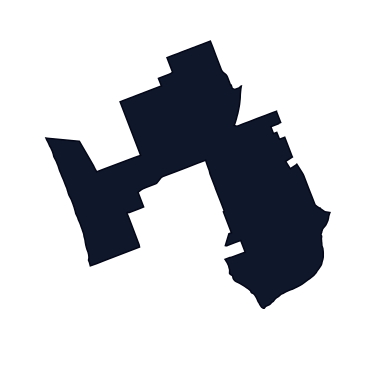 outline of Nedlands, Western Australia, Australia, rotated 339°
{"feature_id": "25037944B80247248268591", "entity_name": "Nedlands", "entity_type": "district", "adm_level": 2, "iso_a3": "AUS", "parent_name": "Australia", "parent_adm1": "Western Australia", "projection": "mercator", "projection_center": [115.79, -31.975], "detail": "fine", "context": "isolated", "style": "filled", "palette": "ink", "viewbox_px": 384, "rotation_deg": 339, "n_neighbors": 0, "source": "geoboundaries", "source_scale": "gbopen_adm2", "svg_char_len": 5818}
<svg xmlns="http://www.w3.org/2000/svg" viewBox="0 0 384 384"><g transform="rotate(339 192 192)"><path d="M75.0,89.3L75.1,91.8L75.3,92.8L75.5,94.8L75.6,96.9L75.6,98.0L75.8,99.0L76.0,100.0L76.1,102.2L76.2,103.4L76.2,104.5L76.1,106.5L76.0,107.5L75.8,108.6L75.7,109.6L75.8,110.7L76.2,113.9L76.3,115.0L76.3,117.2L76.4,119.5L76.3,120.5L76.2,122.7L76.1,123.7L76.1,124.8L76.1,125.9L76.2,127.0L76.2,128.2L76.2,130.3L76.3,132.3L76.4,134.5L76.4,135.6L76.4,136.6L76.4,138.9L76.4,140.0L76.4,141.1L76.5,143.2L76.5,144.2L76.3,145.3L76.3,146.4L76.2,147.5L76.1,148.5L76.0,150.7L76.1,151.7L76.2,152.8L76.4,153.8L76.4,154.3L76.5,154.9L76.6,155.9L76.6,158.1L76.6,159.2L76.6,160.5L76.5,162.6L76.5,163.6L76.3,165.9L76.2,166.9L76.2,167.4L76.0,168.9L75.8,170.1L75.8,171.2L75.9,172.2L76.0,173.3L76.1,174.4L76.1,175.6L76.0,176.7L76.0,177.8L76.1,178.8L76.2,181.0L76.2,183.1L76.1,184.1L76.1,185.1L76.1,187.4L76.0,188.5L75.9,191.6L75.8,192.7L75.3,194.8L75.2,195.8L75.0,197.9L74.8,198.9L74.3,201.0L74.1,202.2L73.9,203.1L73.6,205.5L73.5,206.6L73.4,207.7L73.4,208.8L73.4,209.9L73.4,211.0L73.1,213.2L72.6,215.3L72.3,216.2L71.9,217.1L71.3,217.9L70.9,218.9L71.0,220.0L71.0,221.1L70.6,224.5L77.3,224.7L86.6,224.6L92.1,224.6L96.3,224.6L122.6,224.6L123.3,224.6L123.7,222.3L123.8,200.3L123.8,191.6L123.8,191.3L123.7,191.1L123.7,190.4L123.7,188.0L123.8,187.9L124.0,187.8L124.3,187.8L124.8,188.0L125.0,188.1L125.2,188.4L125.3,188.5L125.5,188.6L126.0,188.7L136.7,188.7L141.5,188.6L141.5,182.4L141.5,176.0L141.5,172.9L144.3,172.1L145.6,171.7L147.6,171.4L150.7,171.3L153.7,171.3L161.2,171.3L162.2,171.1L163.1,170.6L167.5,168.0L168.3,167.5L169.2,167.3L170.3,167.1L171.3,167.1L172.3,167.1L184.5,167.2L196.1,167.2L207.3,167.1L216.1,167.2L215.9,171.4L215.8,175.6L215.8,178.0L215.3,181.6L215.3,188.2L215.3,189.8L215.3,193.9L215.3,196.4L215.4,196.5L215.5,196.5L215.6,196.8L215.6,197.0L215.4,197.2L215.2,197.2L215.3,210.8L215.3,221.5L214.2,221.7L214.2,235.4L214.2,235.8L214.2,244.2L212.2,244.2L212.2,244.3L212.1,244.5L211.9,244.5L211.6,244.6L211.3,244.4L210.8,245.1L203.9,254.0L204.6,254.5L205.6,254.7L206.5,254.6L209.4,254.6L214.9,254.6L220.1,254.7L220.1,258.5L220.1,264.6L220.1,267.2L209.3,267.1L208.5,267.1L207.7,267.1L204.3,267.0L204.1,266.7L203.7,266.7L198.7,266.7L198.8,267.1L198.9,267.6L199.1,268.7L199.2,269.2L199.3,269.5L199.5,270.8L199.6,271.7L199.6,272.5L199.7,272.9L199.7,274.3L199.6,275.0L199.5,275.6L199.4,276.7L199.4,277.0L199.2,278.3L198.7,279.5L198.4,280.2L198.3,280.4L197.9,281.4L197.9,281.6L198.0,281.9L198.1,282.2L198.4,282.8L198.8,283.3L199.0,283.5L199.6,284.4L199.8,285.0L199.8,285.4L199.8,285.6L199.5,286.8L199.5,287.2L199.5,287.4L199.5,287.9L199.8,289.1L200.2,290.2L201.2,291.6L202.5,292.9L204.1,294.7L207.3,298.8L208.8,301.1L209.7,302.3L210.4,303.5L210.9,304.5L211.3,305.2L211.3,306.1L211.3,306.9L211.7,307.7L212.5,308.4L213.2,309.4L213.5,310.1L213.8,311.3L214.3,314.1L214.4,315.7L214.4,317.0L214.5,318.3L214.8,319.2L215.0,321.4L215.5,323.7L215.8,324.6L216.9,326.1L217.8,326.4L218.5,326.0L219.4,325.4L220.0,325.2L220.8,325.1L224.0,324.9L225.2,324.5L226.1,324.0L226.9,323.6L228.7,323.2L230.6,322.0L231.6,321.5L232.9,321.0L234.1,320.8L235.2,320.6L236.6,320.1L237.8,319.6L238.8,319.3L239.6,319.3L240.9,319.3L242.4,319.0L243.8,318.8L247.4,318.6L249.0,318.6L249.7,318.6L250.7,318.7L252.5,318.6L254.2,318.4L255.8,318.3L257.6,318.1L259.3,317.9L261.7,317.5L263.2,317.1L265.7,316.4L268.8,315.5L270.8,315.1L272.6,314.5L274.9,313.8L276.4,313.2L277.6,312.5L279.0,311.8L280.8,310.3L281.9,309.7L283.7,308.5L285.1,307.5L286.1,306.8L287.2,305.7L288.3,304.0L290.1,301.6L291.2,299.8L291.6,298.8L292.1,297.5L292.7,296.0L293.2,294.4L293.5,293.2L293.9,291.8L294.0,290.3L294.0,289.4L294.1,288.4L294.2,288.1L294.4,287.5L294.6,287.0L294.7,286.6L294.8,286.2L294.9,285.9L295.1,285.3L295.1,285.1L295.4,284.0L295.6,283.6L295.8,282.7L296.0,282.3L296.0,282.1L296.4,281.2L296.6,281.0L297.2,279.7L297.2,279.4L297.2,279.2L297.1,278.9L297.1,278.5L297.1,278.1L297.3,277.6L297.5,277.3L298.0,276.8L298.7,276.0L298.9,275.6L299.0,275.4L299.4,274.9L299.6,274.7L300.2,273.9L300.5,273.6L300.9,273.2L302.0,272.5L303.0,272.0L303.1,271.9L303.8,271.6L304.6,271.0L305.1,270.8L305.6,270.3L306.1,269.8L306.3,269.7L306.8,269.2L307.2,268.7L307.4,268.6L307.7,268.3L308.2,267.7L308.4,267.6L308.9,267.0L309.1,266.7L309.2,266.4L309.4,266.2L310.0,265.4L310.1,265.2L310.5,264.5L310.6,264.3L310.9,263.7L311.3,263.2L311.5,262.9L311.8,262.5L311.9,262.4L312.7,261.4L312.9,261.2L313.2,260.8L313.4,260.6L309.4,258.3L308.8,257.8L305.9,253.5L305.9,253.4L306.0,253.2L305.9,252.9L305.6,252.7L305.4,252.7L305.3,252.8L303.4,250.1L302.5,248.5L302.3,248.0L302.3,247.1L302.3,240.2L302.2,232.1L302.2,226.1L302.2,216.9L302.1,215.3L301.7,213.0L300.5,207.1L299.8,203.6L298.6,204.1L295.3,204.8L292.1,205.5L290.4,197.0L298.3,195.3L298.2,194.7L298.2,174.1L292.6,174.1L292.5,166.7L289.0,166.7L289.0,159.3L297.4,159.3L297.8,158.9L299.7,158.9L299.7,148.0L299.7,147.2L299.8,146.9L296.0,146.8L286.6,146.8L279.2,146.7L270.9,146.8L264.3,146.7L259.6,146.8L258.9,146.8L257.8,146.7L257.2,146.5L255.2,145.0L256.9,143.1L259.4,139.9L261.3,137.2L262.8,135.2L265.2,131.5L266.8,128.9L267.8,127.2L270.0,122.9L270.9,121.0L272.0,118.4L273.6,115.1L274.8,112.8L276.0,110.8L275.3,110.8L274.6,111.1L274.2,111.4L273.6,111.6L273.0,111.7L268.9,111.6L268.6,111.5L268.3,111.3L266.7,109.8L266.9,106.3L266.3,106.3L266.3,98.1L266.3,97.2L266.1,95.7L265.8,94.7L265.1,93.4L264.0,91.6L263.5,90.2L263.2,88.7L263.2,86.3L263.2,76.8L263.2,73.4L263.2,72.5L263.3,64.5L263.2,57.7L252.8,57.7L232.9,57.6L228.7,57.7L223.4,57.6L216.8,57.6L216.8,73.2L214.6,73.8L212.0,73.9L201.4,73.9L201.4,75.3L201.5,82.0L157.2,82.0L157.2,139.4L155.5,139.4L154.7,139.3L150.6,139.2L149.7,139.2L118.5,139.0L112.1,139.0L110.6,139.0L110.3,139.0L109.8,136.0L109.5,132.9L109.5,132.3L108.2,124.1L105.0,104.3L76.4,90.1L75.0,89.3Z" fill="#0f172a" stroke="#020617" stroke-width="1.5"/></g></svg>